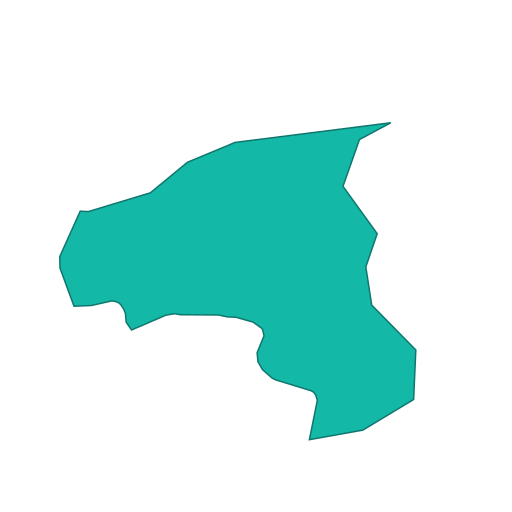 map outline of Croydon (orthographic projection), rotated 285°
{"feature_id": "GBR-2065", "entity_name": "Croydon", "entity_type": "London Borough", "adm_level": 1, "iso_a3": "GBR", "parent_name": "United Kingdom", "parent_adm1": "", "projection": "orthographic", "projection_center": [-0.107, 51.353], "detail": "fine", "context": "isolated", "style": "filled", "palette": "teal", "viewbox_px": 512, "rotation_deg": 285, "n_neighbors": 0, "source": "natural_earth", "source_scale": "10m", "svg_char_len": 777}
<svg xmlns="http://www.w3.org/2000/svg" viewBox="0 0 512 512"><g transform="rotate(285 256 256)"><path d="M152.3,154.9L158.5,147.7L166.6,144.8L170.7,141.8L174.0,137.9L174.9,136.2L175.4,134.7L175.6,133.0L175.5,129.8L175.2,128.1L165.6,109.9L160.4,93.2L193.6,69.8L204.6,66.6L253.8,74.6L255.5,82.5L289.7,137.6L328.8,165.5L360.3,206.4L419.6,351.7L395.3,325.8L345.8,322.0L308.9,367.3L273.9,364.9L238.5,380.5L206.6,434.7L158.2,445.4L115.5,404.3L92.4,355.1L132.5,352.6L137.1,349.7L139.0,347.4L139.6,346.1L140.1,344.1L141.4,307.2L142.2,303.2L147.9,291.7L154.4,285.2L162.9,282.1L180.9,284.4L186.4,281.6L187.6,280.3L191.4,270.2L191.6,252.3L189.8,244.2L189.3,235.0L179.7,198.1L179.3,193.2L178.9,191.6L175.4,184.1L152.3,154.9Z" fill="#14b8a6" stroke="#0f766e" stroke-width="1.5"/></g></svg>